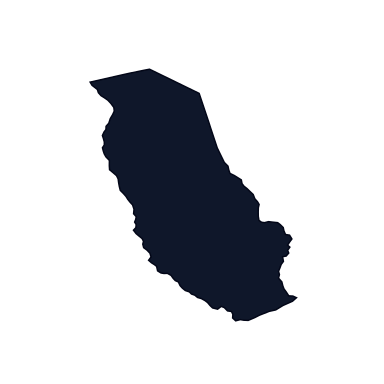 Olho d'Água do Casado, Alagoas, Brazil, rotated 302°
{"feature_id": "56859067B7353988917909", "entity_name": "Olho d'Água do Casado", "entity_type": "district", "adm_level": 2, "iso_a3": "BRA", "parent_name": "Brazil", "parent_adm1": "Alagoas", "projection": "orthographic", "projection_center": [-37.83, -9.434], "detail": "fine", "context": "isolated", "style": "filled", "palette": "ink", "viewbox_px": 384, "rotation_deg": 302, "n_neighbors": 0, "source": "geoboundaries", "source_scale": "gbopen_adm2", "svg_char_len": 2015}
<svg xmlns="http://www.w3.org/2000/svg" viewBox="0 0 384 384"><g transform="rotate(302 192 192)"><path d="M128.6,162.6L127.1,166.6L126.5,170.8L126.1,174.3L124.5,177.0L121.7,177.9L119.2,180.5L118.9,184.4L117.8,188.8L115.2,191.7L111.1,191.4L110.5,195.2L110.5,198.5L110.2,201.4L106.9,204.6L106.9,208.6L108.0,211.3L110.0,214.3L110.2,218.4L108.8,221.8L108.0,224.8L108.5,228.1L106.3,231.5L105.4,234.7L104.9,238.5L105.9,242.7L105.2,245.6L106.0,249.1L105.5,252.6L106.6,256.4L106.8,260.7L106.5,263.8L105.3,267.5L104.6,270.9L106.2,275.8L110.5,277.4L111.1,280.7L110.0,285.1L111.6,288.8L109.9,291.5L106.7,293.2L105.9,297.3L109.4,300.6L110.7,303.8L112.9,307.7L118.8,311.8L123.3,314.5L131.7,320.7L136.4,325.5L144.0,329.3L152.6,335.1L157.7,336.6L157.2,332.7L155.2,329.1L157.2,324.8L158.6,321.3L160.5,318.8L163.4,315.8L164.8,311.0L168.3,309.9L170.6,307.4L174.1,306.8L177.9,306.0L181.6,306.3L185.1,303.1L187.6,305.8L191.5,306.4L193.2,304.0L197.1,304.2L197.6,301.2L201.3,301.3L205.1,301.6L207.1,297.6L205.5,293.8L207.8,290.5L210.2,288.2L211.1,284.1L211.4,280.9L209.2,276.4L207.4,272.6L204.4,269.7L203.2,267.0L203.4,263.8L206.5,261.1L210.2,258.7L213.8,256.6L217.0,255.5L218.4,252.8L219.6,248.8L222.3,245.2L223.1,241.2L224.0,237.1L224.5,232.9L225.6,230.0L228.4,227.4L228.4,223.1L228.4,219.2L227.9,214.4L230.1,211.6L233.0,208.8L234.2,203.7L242.7,190.1L256.3,173.7L259.6,169.8L279.4,145.8L273.6,90.9L270.0,87.0L260.3,76.8L255.5,71.9L231.2,47.4L229.5,50.7L229.2,53.7L228.8,57.4L226.6,60.0L225.5,63.8L225.5,67.8L225.3,71.9L224.2,76.1L222.3,80.9L219.4,83.2L215.5,83.7L211.0,83.8L206.2,85.0L202.2,84.3L199.4,85.9L196.3,85.6L192.4,86.1L190.6,88.3L188.0,91.1L185.4,92.7L182.1,92.6L179.8,95.0L177.9,97.3L176.2,100.4L175.0,105.2L170.4,108.0L167.2,110.3L166.6,114.8L165.9,119.3L164.0,122.4L161.2,124.7L158.2,127.4L155.4,130.3L154.4,134.6L153.3,138.3L151.7,141.6L150.5,145.0L149.6,148.4L146.6,152.0L142.6,154.0L141.5,157.8L138.9,158.8L136.1,159.3L134.8,161.9L132.0,163.3L128.6,162.6Z" fill="#0f172a" stroke="#020617" stroke-width="1.5"/></g></svg>